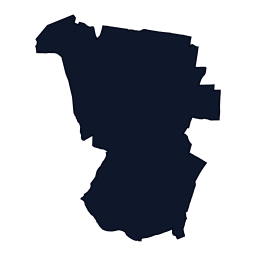 Chiesd, Satu Mare, Romania
{"feature_id": "2599482B13011976625208", "entity_name": "Chiesd", "entity_type": "district", "adm_level": 2, "iso_a3": "ROU", "parent_name": "Romania", "parent_adm1": "Satu Mare", "projection": "albers", "projection_center": [22.885, 47.378], "detail": "fine", "context": "isolated", "style": "filled", "palette": "ink", "viewbox_px": 256, "rotation_deg": 0, "n_neighbors": 0, "source": "geoboundaries", "source_scale": "gbopen_adm2", "svg_char_len": 5760}
<svg xmlns="http://www.w3.org/2000/svg" viewBox="0 0 256 256"><path d="M185.0,221.3L185.2,220.3L184.8,219.4L184.9,219.0L185.1,218.9L186.1,218.9L186.3,218.8L185.6,216.6L185.4,215.5L185.4,214.3L185.2,213.6L185.0,212.9L184.9,212.4L184.8,212.1L186.3,211.5L186.6,211.4L186.8,211.2L187.2,210.3L187.4,209.4L188.0,207.5L188.4,206.5L188.5,205.9L188.8,204.5L189.3,202.7L189.5,202.3L190.0,201.3L190.2,200.4L190.9,198.0L191.6,196.4L192.0,194.7L192.3,194.0L194.0,188.3L194.4,187.3L194.6,186.7L194.9,186.0L195.1,185.0L195.0,183.7L194.7,181.6L194.8,181.2L198.9,173.7L201.0,170.2L203.7,166.2L206.1,163.0L202.2,160.6L201.8,160.2L200.2,159.4L199.0,158.6L195.9,156.9L195.3,156.7L192.6,155.0L192.1,154.7L191.5,154.5L189.6,153.3L188.7,152.9L189.3,151.2L189.8,149.1L191.1,144.4L189.9,143.2L189.1,141.9L188.4,140.9L187.8,139.3L187.4,138.1L187.1,136.6L186.6,136.1L185.6,135.1L185.2,134.6L184.3,134.5L183.9,134.2L182.7,134.0L184.1,132.0L187.2,127.1L188.3,127.6L188.5,127.4L188.7,126.7L189.2,124.8L189.7,122.6L190.1,121.3L190.5,120.5L191.1,118.9L192.1,116.7L195.2,117.6L200.0,118.5L201.9,118.6L202.6,118.5L203.9,118.1L204.4,118.0L205.1,118.2L206.3,118.5L207.8,118.7L209.1,119.2L210.6,119.7L211.4,119.8L212.4,119.7L218.9,119.6L218.9,118.0L219.2,115.2L219.4,112.2L219.4,110.7L219.3,108.7L219.3,104.9L219.6,98.1L220.0,92.5L220.0,90.4L216.7,90.5L213.4,90.4L213.9,85.1L210.2,85.3L198.6,85.5L198.5,85.4L199.4,83.1L199.5,82.7L199.7,81.9L200.7,79.2L202.4,76.3L203.1,75.6L203.8,75.0L204.0,74.7L204.9,73.1L205.2,72.0L205.5,69.4L205.7,68.3L205.7,67.8L205.5,67.6L205.3,67.6L201.6,67.5L198.4,67.7L195.9,67.7L195.0,67.5L194.8,67.4L195.2,64.9L197.1,52.6L197.7,48.0L197.9,47.2L196.8,47.2L195.8,46.8L194.5,46.1L193.0,45.1L192.5,44.9L192.0,44.9L191.6,45.1L191.1,45.8L190.4,46.4L189.9,46.6L189.8,46.2L189.9,45.3L189.8,43.4L189.9,42.1L190.1,40.4L190.5,38.4L190.8,37.3L190.8,37.2L189.9,37.0L187.1,36.5L186.2,36.2L183.9,35.8L183.1,35.5L179.9,35.2L176.8,34.6L171.3,33.8L170.3,33.4L164.6,32.9L163.3,32.7L161.2,32.5L159.9,32.3L158.8,32.3L156.1,31.7L155.3,31.7L154.0,31.4L151.5,31.1L150.5,30.8L149.6,30.8L148.9,30.6L147.6,30.4L146.9,30.3L146.4,30.0L145.7,29.9L143.9,29.8L142.9,30.0L142.5,30.4L141.8,30.7L140.1,31.3L139.8,31.5L139.4,31.5L136.9,31.1L135.2,31.1L133.7,30.6L133.1,30.6L132.0,30.2L129.7,30.2L128.5,30.3L128.0,30.1L127.2,29.5L126.5,29.6L126.2,29.4L125.9,29.5L124.2,29.1L123.8,29.2L123.4,29.0L122.4,29.0L121.5,28.7L120.6,28.7L120.3,28.6L119.1,28.5L118.6,28.4L118.1,28.1L117.5,28.2L112.1,27.4L108.2,26.8L106.6,26.4L105.6,26.6L105.3,26.6L104.2,26.2L103.3,26.1L103.1,26.1L103.0,26.3L102.5,29.2L101.8,31.4L101.6,32.4L101.0,34.1L100.1,36.1L99.8,36.5L97.7,38.4L97.5,38.9L96.9,39.4L96.1,40.5L96.4,38.9L96.4,38.2L96.1,37.5L95.5,36.3L94.8,34.3L94.6,33.1L94.3,31.9L94.0,30.5L93.9,30.2L94.0,29.5L93.9,29.2L93.3,27.5L93.0,27.0L92.8,27.0L92.5,27.0L90.0,27.4L89.2,27.4L88.7,27.0L88.2,26.9L86.5,25.9L84.7,24.3L83.8,23.7L79.6,22.6L78.3,25.0L74.7,23.4L73.9,22.8L73.7,22.5L74.2,21.7L74.4,21.1L74.4,20.7L74.7,20.1L74.9,19.1L75.1,18.4L75.2,18.0L73.5,15.6L73.0,15.4L63.2,19.4L47.6,25.7L36.3,39.3L37.6,41.6L37.5,42.3L37.3,43.0L37.4,44.2L37.3,45.1L36.6,45.3L36.0,46.5L36.2,47.0L36.6,47.6L36.6,49.1L36.9,51.0L37.0,52.4L43.9,52.5L46.6,52.6L48.0,52.3L54.8,52.4L57.6,53.2L62.0,56.7L66.2,73.5L69.0,80.7L72.8,97.1L74.2,112.9L74.9,114.0L75.0,114.5L75.3,115.3L76.4,116.7L76.4,117.0L76.5,117.6L76.6,118.1L77.4,119.1L77.7,120.0L77.9,120.9L78.1,121.3L78.4,121.9L79.1,122.4L79.5,122.9L79.9,123.3L80.5,125.4L80.8,126.4L81.0,127.5L80.8,128.1L80.6,132.2L81.3,133.5L81.9,135.8L81.6,137.5L82.2,139.3L83.1,139.9L84.1,140.0L85.7,138.9L93.1,134.8L93.4,135.4L93.1,137.8L93.1,140.9L92.9,145.4L94.6,146.6L99.2,147.8L100.9,148.2L100.7,148.4L104.3,148.9L105.2,149.5L106.9,150.3L108.0,151.0L108.2,151.5L106.4,152.9L106.8,153.8L106.8,154.7L106.8,155.2L106.2,157.5L105.9,158.1L105.4,158.8L105.1,159.5L104.2,160.9L103.7,161.5L103.4,161.6L103.3,162.0L101.8,164.5L101.2,165.9L101.1,166.3L101.0,166.7L100.3,167.0L99.7,167.6L99.3,168.3L98.9,168.6L98.6,169.1L98.5,169.3L97.8,170.3L97.8,170.8L97.3,171.2L97.0,172.1L96.9,172.8L96.8,173.6L96.4,174.6L96.3,175.4L96.1,176.0L96.0,176.5L95.8,177.4L95.6,177.6L95.1,178.1L95.0,178.4L94.0,179.8L92.1,182.4L91.3,183.3L91.1,183.6L91.1,183.9L91.3,185.3L91.5,185.7L91.5,186.1L91.2,186.6L91.3,187.0L91.2,187.3L90.3,189.2L89.6,189.9L88.1,192.0L87.0,192.8L86.5,193.3L85.0,194.2L84.6,194.6L84.5,195.8L84.1,196.4L83.0,197.4L82.4,198.0L81.7,198.0L81.2,198.8L81.5,199.0L82.3,199.3L84.1,200.6L84.5,201.1L85.1,202.6L85.4,203.7L85.4,204.3L85.5,204.7L86.0,205.6L86.6,206.5L86.8,207.4L87.4,208.3L88.5,210.4L89.3,211.5L89.7,211.8L90.6,213.2L91.4,214.1L92.1,214.7L93.1,215.2L93.5,215.7L94.3,216.7L94.7,217.1L95.3,218.3L96.2,219.4L96.7,220.2L96.9,220.8L97.0,221.5L97.3,221.9L98.0,222.6L98.3,223.0L98.9,224.2L99.6,225.4L102.1,228.2L102.8,228.8L103.3,229.1L103.9,229.4L106.8,230.4L107.8,230.5L111.6,230.8L114.3,230.4L118.0,229.6L118.7,229.5L119.7,229.6L121.4,230.0L122.5,230.3L123.4,230.7L124.4,231.4L125.1,231.7L125.6,232.1L125.8,232.8L126.4,234.0L127.1,235.0L129.3,236.8L130.7,237.7L132.2,238.6L133.8,239.4L135.4,240.0L136.8,240.1L137.1,239.8L138.5,240.2L138.9,240.6L140.8,240.6L140.9,240.3L140.7,239.8L141.1,238.7L142.1,237.9L143.0,237.7L147.8,237.1L148.7,236.7L150.7,236.2L151.8,235.8L152.3,235.6L152.7,235.3L154.2,234.9L154.8,234.5L155.7,234.3L156.6,234.3L157.6,234.1L159.7,233.5L162.8,232.4L163.3,232.1L164.6,231.6L167.0,230.9L169.5,229.9L170.5,229.4L171.6,229.0L172.7,228.3L172.8,233.2L173.2,234.1L173.7,234.8L175.4,235.3L176.4,235.4L176.4,236.1L177.2,238.1L177.5,238.6L177.8,238.6L180.8,237.3L183.8,236.1L184.1,236.1L184.2,235.6L184.1,234.9L183.8,234.0L183.4,232.7L183.1,231.2L183.0,230.3L182.7,229.2L183.1,227.8L183.8,225.7L184.0,224.9L184.2,224.2L184.5,222.4L185.0,221.3Z" fill="#0f172a" stroke="#020617" stroke-width="1.5"/></svg>